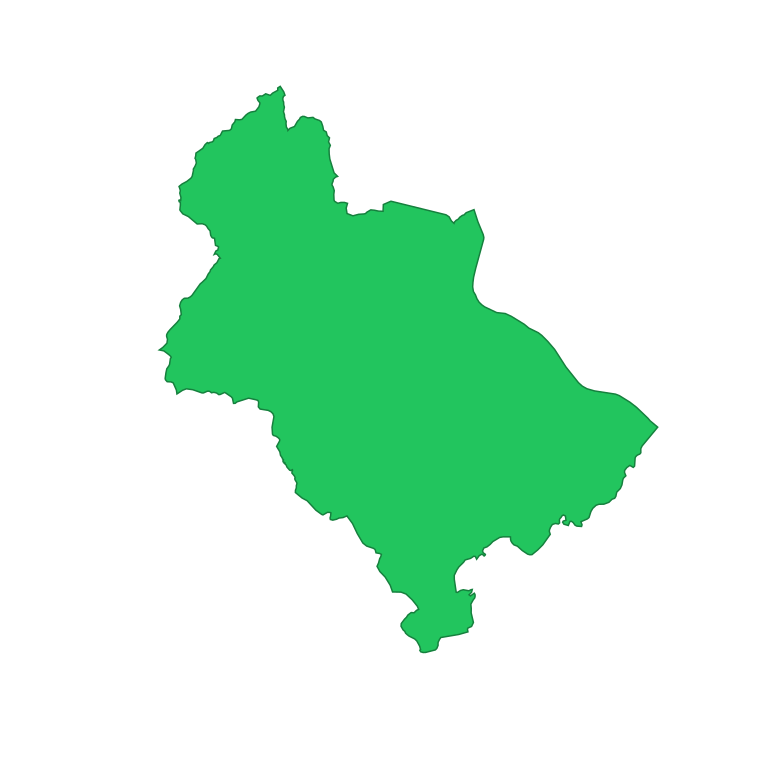 the district of Berzasca, Caras-Severin, Romania, rotated 204°
{"feature_id": "2599482B58781170815213", "entity_name": "Berzasca", "entity_type": "district", "adm_level": 2, "iso_a3": "ROU", "parent_name": "Romania", "parent_adm1": "Caras-Severin", "projection": "mercator", "projection_center": [22.089, 44.68], "detail": "fine", "context": "isolated", "style": "filled", "palette": "green", "viewbox_px": 768, "rotation_deg": 204, "n_neighbors": 0, "source": "geoboundaries", "source_scale": "gbopen_adm2", "svg_char_len": 6171}
<svg xmlns="http://www.w3.org/2000/svg" viewBox="0 0 768 768"><g transform="rotate(204 384 384)"><path d="M116.4,455.9L125.9,458.6L129.0,460.1L143.8,465.4L151.9,467.4L164.3,469.1L168.4,468.9L188.9,463.3L196.8,462.2L202.0,462.7L206.9,464.3L224.8,473.6L242.2,485.0L251.7,489.5L259.7,492.6L263.9,493.6L274.5,494.0L280.1,495.6L295.3,497.6L301.9,497.7L310.0,495.1L312.0,495.1L323.4,495.4L326.8,496.1L330.4,497.4L333.8,499.7L336.7,502.6L339.9,504.8L342.5,508.8L344.1,513.1L345.6,518.1L347.3,527.1L351.8,556.7L352.4,558.5L354.2,560.9L364.2,570.4L372.7,579.9L378.6,573.9L379.7,571.0L381.0,569.9L382.7,567.0L383.1,565.0L384.7,562.8L385.5,560.5L385.4,559.2L388.8,560.4L392.5,563.2L396.2,563.8L452.0,553.8L457.6,547.7L455.1,541.4L459.4,539.7L463.2,538.9L466.9,537.7L469.6,533.9L470.2,532.2L471.3,531.3L476.2,528.7L480.8,525.0L487.1,524.7L490.1,529.3L490.8,534.2L493.9,533.8L497.3,532.3L499.7,530.3L503.4,530.8L504.4,531.6L507.0,536.8L508.1,540.4L510.6,543.3L512.4,544.6L512.9,545.8L513.0,548.5L513.6,550.4L512.4,553.3L510.8,554.8L515.5,556.6L525.0,567.5L527.7,572.0L529.9,576.6L530.1,580.2L533.1,582.6L533.9,586.7L536.9,587.8L539.3,590.8L542.4,591.2L544.8,594.6L547.9,597.9L550.1,598.5L554.8,598.1L557.3,598.7L561.8,596.1L565.7,596.0L567.2,595.4L568.8,593.5L568.9,591.5L569.9,588.8L570.5,582.8L573.9,579.4L574.9,576.5L575.9,577.9L577.6,578.9L579.4,581.9L580.2,584.2L582.2,585.9L583.7,587.9L584.4,589.4L586.6,591.9L587.6,596.4L589.1,598.2L590.4,600.8L591.8,602.1L592.7,604.1L592.8,605.9L591.9,607.5L594.5,610.2L599.9,613.7L601.5,611.2L600.5,609.1L604.1,604.4L605.3,601.4L610.1,601.0L612.3,597.6L614.7,596.6L616.1,594.2L616.3,593.6L614.5,591.8L611.9,590.5L611.4,589.6L611.0,586.4L612.3,581.0L616.4,578.2L618.2,576.0L619.5,573.6L621.4,568.0L623.4,566.6L627.3,565.2L626.9,562.9L628.0,558.9L627.2,555.0L628.2,552.9L634.4,549.4L634.7,544.4L636.2,543.0L637.0,541.2L639.0,539.2L638.7,536.9L639.3,535.4L641.9,533.4L642.0,532.5L643.6,532.7L644.8,530.0L645.4,525.6L649.7,518.5L648.8,515.8L648.4,513.3L647.3,512.5L645.3,509.5L645.2,506.1L645.6,502.8L644.9,501.4L643.7,495.6L644.1,493.5L646.5,488.9L649.9,484.5L651.6,481.1L649.2,478.5L648.7,477.7L648.2,475.3L645.3,471.7L644.4,469.0L645.7,468.9L646.0,468.7L646.0,468.1L645.2,467.2L644.0,467.2L642.8,464.7L641.3,460.1L640.8,459.6L637.0,457.6L630.8,457.4L619.8,454.2L615.2,456.5L612.1,456.7L610.3,456.1L607.7,454.3L605.2,453.2L602.9,449.5L601.5,448.3L600.2,447.7L598.1,448.2L594.3,442.1L591.9,442.2L590.9,441.9L590.3,438.9L591.7,437.1L591.8,433.3L590.7,434.5L589.1,434.6L584.7,432.3L585.7,431.4L586.0,426.8L587.6,423.6L587.6,422.0L588.9,417.5L588.6,416.0L589.3,413.1L589.5,408.0L591.5,403.0L592.6,400.8L595.5,386.7L596.4,384.8L598.1,382.6L601.3,381.1L602.6,378.7L603.0,375.9L602.5,372.3L600.2,369.6L597.4,364.9L598.1,362.9L597.0,360.4L598.1,356.1L601.5,346.8L602.4,343.6L602.6,341.3L602.5,340.3L601.9,339.0L600.0,336.8L598.9,333.0L600.9,327.5L603.1,323.7L598.6,324.7L592.5,323.3L590.3,322.6L589.2,321.8L589.5,320.4L587.9,314.8L587.9,313.2L588.6,309.5L587.8,305.7L586.2,300.1L585.4,299.0L583.0,297.9L579.4,299.3L577.0,299.3L571.2,294.0L569.1,290.7L565.5,296.3L562.6,299.2L556.4,301.0L546.8,301.8L545.3,302.4L542.6,305.4L541.2,306.2L539.6,306.3L538.1,305.8L536.0,307.2L533.3,307.7L530.6,307.1L529.4,307.8L526.2,311.4L525.6,311.5L518.4,310.2L516.7,309.4L513.6,305.1L512.1,305.8L511.0,307.9L501.9,316.0L494.6,317.5L492.5,317.7L491.2,316.5L489.5,312.0L487.0,310.7L479.1,312.8L476.1,312.7L473.4,311.7L471.3,309.5L468.7,299.0L465.5,292.9L464.2,292.0L461.4,292.4L458.5,291.8L456.8,291.0L456.2,289.7L456.7,283.3L451.6,279.7L449.5,276.7L446.9,275.1L446.2,274.2L445.1,274.0L444.9,273.5L445.1,272.6L444.2,271.7L442.9,271.9L442.4,271.6L442.8,271.0L440.5,270.2L438.8,268.6L435.1,266.9L434.0,267.0L432.8,268.4L432.3,267.6L432.4,266.6L431.9,265.2L428.6,263.6L427.0,262.2L427.0,261.3L426.4,260.4L423.7,258.5L423.0,257.5L422.8,255.7L421.8,253.2L421.7,251.0L420.8,248.8L412.4,246.5L406.7,246.1L394.9,241.0L387.9,239.5L386.5,239.6L383.4,243.8L381.0,244.7L380.1,244.7L379.1,241.7L378.8,239.7L377.9,238.4L375.4,238.8L372.4,241.1L370.5,243.3L367.1,245.3L364.2,248.4L356.0,243.7L347.6,236.5L338.6,230.1L333.9,228.9L326.7,229.6L324.8,229.2L322.6,226.5L319.0,227.4L317.1,227.3L316.7,224.9L316.9,222.7L316.2,218.4L316.2,214.6L311.5,211.0L304.4,208.1L296.5,202.7L291.6,197.5L283.8,200.8L278.4,201.1L270.4,198.3L263.1,194.5L260.7,192.2L262.2,190.5L263.5,187.2L266.2,186.3L268.2,182.7L268.6,180.0L269.6,177.5L270.8,172.2L269.9,169.6L266.5,167.1L264.4,166.5L263.0,165.2L261.0,164.5L258.7,163.9L252.3,163.6L249.5,162.6L244.8,159.0L242.6,156.3L243.0,155.4L241.6,154.3L239.1,154.6L236.8,155.7L228.9,162.0L228.2,163.9L228.3,167.2L229.4,169.6L229.5,170.6L229.4,173.1L229.0,175.5L213.8,185.6L206.5,191.7L208.1,194.1L208.0,195.3L205.4,198.1L205.3,202.5L211.3,210.4L213.0,214.4L215.1,218.2L214.7,223.1L214.1,225.5L214.5,227.3L215.3,228.8L216.4,229.6L218.8,225.6L220.6,226.0L219.3,229.3L219.8,232.2L220.7,231.6L222.4,229.6L227.9,228.3L230.1,226.5L232.2,223.4L233.4,223.2L240.3,234.1L242.0,237.8L241.8,244.0L241.2,247.4L238.8,253.5L238.3,256.3L234.0,259.9L232.0,263.1L230.4,263.6L228.1,261.6L227.2,265.9L225.6,268.1L224.4,268.3L222.6,267.6L222.3,268.0L222.0,268.8L222.1,269.6L224.8,270.2L226.1,271.6L226.1,274.8L223.6,277.2L221.8,280.6L220.5,284.3L215.9,290.9L212.9,292.9L206.3,295.8L205.1,293.4L204.0,292.1L202.1,290.8L199.9,289.9L196.1,290.1L190.0,288.1L183.6,287.0L181.4,287.3L179.4,288.3L176.1,294.9L173.5,301.7L171.0,314.3L173.1,316.7L173.5,318.2L173.6,320.9L173.2,323.5L173.0,324.2L170.7,326.3L167.8,327.0L167.1,328.5L168.5,331.2L168.6,332.5L168.0,334.1L167.8,335.8L166.9,337.3L164.6,337.2L162.3,333.5L164.5,331.7L164.6,330.4L162.6,329.1L158.1,329.7L158.2,334.1L157.0,334.8L154.9,334.4L152.0,332.7L150.0,332.6L145.6,334.2L145.8,335.9L148.1,338.3L143.3,343.5L142.4,345.4L143.1,351.6L142.7,355.3L140.9,359.5L138.8,361.5L134.2,363.7L130.4,367.4L128.8,371.5L126.8,373.4L126.5,375.7L127.4,379.8L125.6,384.6L125.6,388.6L126.9,393.8L126.9,395.5L125.7,398.5L128.2,400.9L129.0,402.8L128.2,406.4L126.3,409.6L122.4,409.2L121.7,410.9L124.5,418.6L124.5,420.0L123.7,422.0L121.8,424.1L121.4,425.6L123.1,429.4L123.0,432.4L116.4,455.9Z" fill="#22c55e" stroke="#15803d" stroke-width="1.5"/></g></svg>